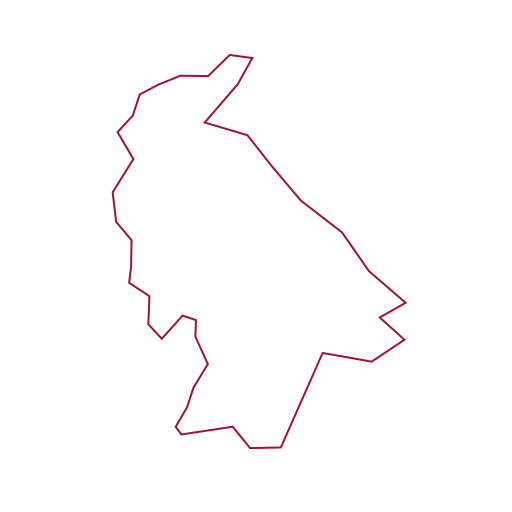 outline of Buvayda, Ferghana, Uzbekistan, rotated 14°
{"feature_id": "79887680B35623710055833", "entity_name": "Buvayda", "entity_type": "district", "adm_level": 2, "iso_a3": "UZB", "parent_name": "Uzbekistan", "parent_adm1": "Ferghana", "projection": "equal_earth", "projection_center": [71.095, 40.647], "detail": "fine", "context": "isolated", "style": "outline", "palette": "rose", "viewbox_px": 512, "rotation_deg": 14, "n_neighbors": 0, "source": "geoboundaries", "source_scale": "gbopen_adm2", "svg_char_len": 663}
<svg xmlns="http://www.w3.org/2000/svg" viewBox="0 0 512 512"><g transform="rotate(14 256 256)"><path d="M420.3,301.3L390.9,285.7L412.5,265.2L369.3,243.4L333.8,212.3L286.3,191.5L249.0,164.6L218.5,140.9L173.9,138.9L196.7,93.9L204.5,64.8L181.9,67.3L166.0,93.0L138.9,99.4L119.6,113.5L104.1,127.4L102.5,149.5L91.7,169.3L113.6,191.6L101.5,228.8L112.0,256.6L131.4,270.8L137.4,296.7L139.4,312.7L162.3,320.8L168.1,348.3L184.6,359.1L199.2,331.6L213.2,332.7L216.7,348.9L235.4,372.5L227.2,398.9L225.7,419.5L219.4,441.2L226.7,447.2L274.7,427.3L296.7,443.8L326.4,435.8L334.0,392.2L344.1,334.0L393.8,330.5L420.3,301.3Z" fill="none" stroke="#9f1239" stroke-width="2"/></g></svg>